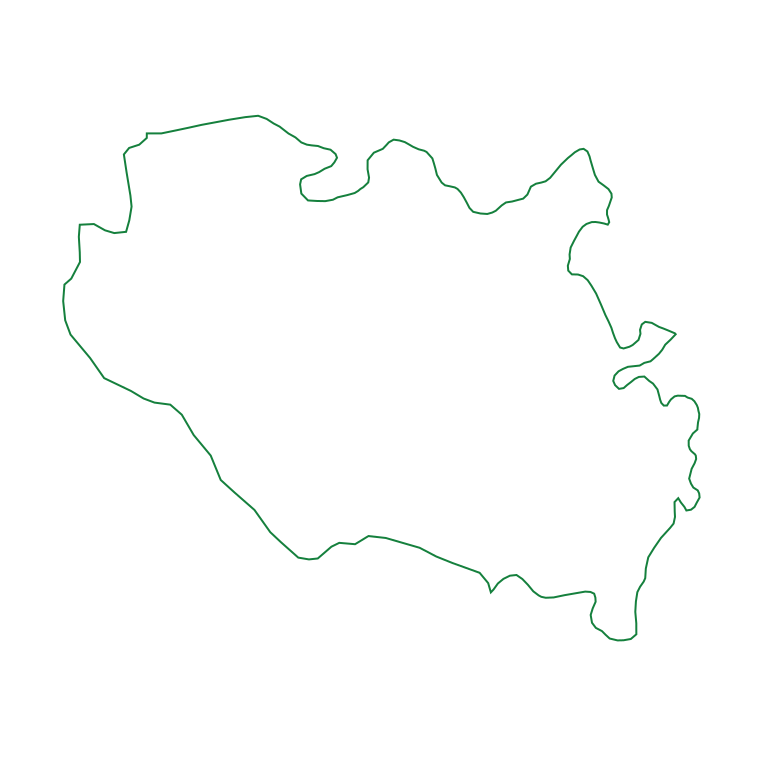 the district of Malaryta, Brest, Belarus, rotated 84°
{"feature_id": "67162791B17752609820062", "entity_name": "Malaryta", "entity_type": "district", "adm_level": 2, "iso_a3": "BLR", "parent_name": "Belarus", "parent_adm1": "Brest", "projection": "mercator", "projection_center": [24.072, 51.803], "detail": "fine", "context": "isolated", "style": "outline", "palette": "green", "viewbox_px": 768, "rotation_deg": 84, "n_neighbors": 0, "source": "geoboundaries", "source_scale": "gbopen_adm2", "svg_char_len": 3978}
<svg xmlns="http://www.w3.org/2000/svg" viewBox="0 0 768 768"><g transform="rotate(84 384 384)"><path d="M110.0,593.7L114.5,594.2L120.4,602.4L122.6,612.8L128.5,618.7L146.3,617.9L170.1,616.5L181.2,616.5L194.6,620.2L205.7,624.6L205.7,636.5L202.0,645.4L194.6,655.8L193.8,669.9L205.7,672.1L221.3,672.8L230.9,673.6L246.5,684.0L251.7,691.4L268.0,694.4L287.3,694.4L302.1,690.6L327.4,673.6L348.9,661.7L364.4,636.5L373.3,624.6L378.5,614.2L382.2,598.7L393.4,588.3L414.9,578.6L437.1,563.8L462.4,556.4L476.5,543.8L495.7,526.0L519.5,512.6L530.6,503.0L547.7,487.4L550.6,477.0L550.6,468.1L540.3,453.3L537.3,445.1L540.3,429.5L533.6,415.4L537.3,398.4L550.6,365.7L561.0,350.1L569.2,334.6L581.8,308.6L592.9,301.2L602.4,299.5L599.8,296.5L594.3,291.6L590.3,285.6L587.8,278.8L587.8,272.2L592.4,266.8L598.7,261.9L605.8,257.2L610.4,252.3L612.1,249.8L613.5,245.5L614.0,237.6L612.9,226.6L611.5,205.6L612.4,200.4L614.5,196.9L618.6,196.1L622.7,196.3L629.0,199.9L635.3,202.6L643.2,202.1L648.7,198.8L652.5,193.1L656.6,189.8L660.7,186.2L663.4,178.6L663.9,172.6L663.4,165.2L659.3,159.2L654.1,158.7L648.4,158.1L636.9,157.9L626.6,156.2L617.5,153.8L612.4,150.5L607.7,146.4L604.4,144.5L600.9,143.9L594.9,142.9L584.0,139.3L575.2,132.5L566.0,124.6L557.0,114.5L553.1,110.6L546.6,108.5L541.1,108.2L531.8,107.4L528.3,103.3L532.9,101.1L537.6,98.1L541.4,96.5L541.1,91.8L538.7,88.0L534.6,85.3L529.9,82.0L525.8,82.0L522.6,83.1L519.3,87.2L515.2,89.1L510.0,90.4L500.5,86.9L495.3,83.4L491.2,81.4L487.9,81.4L486.5,82.0L483.0,85.3L480.8,86.6L477.3,87.4L472.1,86.9L465.5,82.0L462.0,77.1L461.1,77.0L455.0,75.7L450.6,74.2L446.8,73.6L443.5,74.1L440.6,74.3L437.7,75.1L433.6,77.1L430.9,79.5L429.2,83.5L427.3,85.9L426.3,93.1L426.7,96.3L429.3,100.2L431.6,102.3L435.0,104.8L434.7,108.0L431.8,110.2L428.5,111.0L424.8,111.5L418.0,112.6L411.7,116.4L408.7,119.9L403.8,124.3L403.6,129.8L405.2,134.1L407.9,138.2L410.4,142.3L413.1,146.1L413.4,150.8L409.3,154.3L404.9,155.7L399.7,153.8L395.9,149.4L394.0,144.8L392.4,139.6L392.4,133.3L392.4,127.8L390.2,122.9L389.3,116.6L387.4,113.8L382.7,107.4L379.0,103.7L374.3,100.2L369.9,94.4L365.0,88.7L364.0,89.4L360.4,95.9L357.9,100.6L356.0,104.5L354.1,107.2L351.2,111.3L349.5,117.7L351.7,121.4L356.9,123.7L360.9,123.7L366.8,126.3L371.2,132.6L372.6,136.0L373.7,142.0L372.4,145.4L366.7,148.1L362.6,149.5L357.1,150.9L351.8,152.0L345.1,154.2L338.6,156.6L327.7,159.9L316.2,163.6L307.8,167.5L302.0,170.6L297.6,174.7L295.4,179.6L294.6,185.7L290.5,188.9L285.6,188.8L279.1,186.1L274.6,185.9L267.8,184.1L261.4,180.0L256.6,176.7L252.9,174.2L248.4,170.0L246.0,165.9L244.7,160.5L245.0,156.7L245.9,153.0L247.4,148.3L248.9,144.8L246.6,143.1L243.8,143.5L241.6,143.9L238.8,144.5L234.4,144.0L230.5,141.8L222.3,138.0L218.5,137.9L213.6,140.4L209.4,144.8L205.2,149.5L198.1,152.4L191.9,153.6L183.2,155.2L179.1,155.8L174.0,157.4L171.0,160.9L171.2,164.9L173.5,170.0L175.9,173.5L178.5,177.5L184.4,185.1L190.3,191.1L196.3,197.2L199.3,202.1L200.1,206.5L200.7,211.9L203.1,217.3L206.6,219.3L210.6,221.6L214.2,226.2L214.7,229.7L215.9,237.5L216.2,243.7L218.7,248.3L223.4,254.7L224.8,258.4L225.7,263.5L224.5,270.3L222.1,277.3L217.8,280.6L212.4,282.7L206.6,285.1L201.7,287.5L197.7,290.5L195.9,293.0L194.1,298.3L192.8,302.5L189.7,305.6L181.6,309.5L175.0,310.4L169.8,311.3L164.7,312.3L161.7,314.5L157.7,317.4L156.2,319.7L154.2,325.0L151.1,330.4L148.6,333.8L145.6,338.0L143.4,343.2L142.0,348.9L144.2,354.0L146.4,356.4L150.0,360.6L152.9,369.9L159.8,376.9L168.7,377.9L177.2,377.3L181.9,378.6L186.1,384.0L187.6,387.1L189.3,389.6L191.0,393.2L192.3,400.9L193.5,410.6L195.4,415.5L196.0,423.3L195.0,431.4L193.5,440.4L186.0,446.3L176.7,446.6L171.8,445.0L169.0,439.1L168.0,431.1L166.5,426.4L163.7,420.5L161.8,413.7L158.4,410.2L154.1,407.1L150.3,408.1L145.4,412.7L143.2,419.3L140.4,424.8L139.1,431.1L137.9,435.7L135.1,441.0L129.5,446.3L124.9,452.8L117.1,460.9L113.4,466.5L108.1,473.0L104.1,481.1L104.1,494.1L105.0,510.6L105.9,521.7L107.2,538.2L108.7,551.5L110.0,564.0L111.5,579.2L110.0,593.7Z" fill="none" stroke="#15803d" stroke-width="2"/></g></svg>